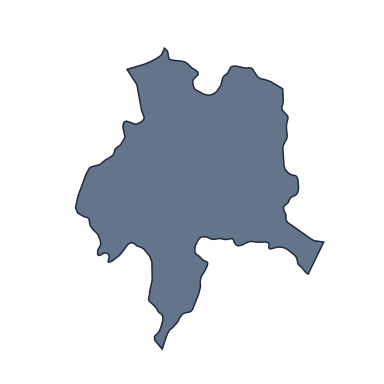 the County of Meath, rotated 257°
{"feature_id": "IRL-715", "entity_name": "Meath", "entity_type": "County", "adm_level": 1, "iso_a3": "IRL", "parent_name": "Ireland", "parent_adm1": "", "projection": "mercator", "projection_center": [-6.777, 53.646], "detail": "fine", "context": "isolated", "style": "filled", "palette": "slate", "viewbox_px": 384, "rotation_deg": 257, "n_neighbors": 0, "source": "natural_earth", "source_scale": "10m", "svg_char_len": 3884}
<svg xmlns="http://www.w3.org/2000/svg" viewBox="0 0 384 384"><g transform="rotate(257 192 192)"><path d="M326.1,156.2L327.3,175.2L328.5,181.6L330.2,187.8L332.0,192.4L334.5,194.8L338.4,197.4L337.1,198.6L334.4,199.8L332.1,199.8L329.1,199.4L327.6,199.5L326.8,199.6L325.7,201.0L324.5,203.5L321.6,211.9L320.2,214.5L317.7,216.8L313.1,219.6L309.3,223.5L308.1,224.3L306.7,224.7L305.3,224.5L304.4,223.7L303.6,222.4L303.0,221.2L302.3,220.0L301.5,218.9L300.3,218.0L298.8,217.4L295.3,217.2L292.0,217.7L290.6,218.7L284.8,225.4L283.4,227.9L282.6,230.1L282.4,232.5L283.1,236.1L284.1,238.2L285.1,239.6L286.2,240.6L289.0,243.7L290.2,244.5L295.5,247.2L296.7,248.0L297.6,249.0L298.3,250.3L298.8,251.6L299.5,252.8L300.3,253.9L301.9,255.3L302.9,256.0L304.4,257.3L305.3,258.8L305.3,261.2L304.4,264.3L301.7,269.7L300.7,272.2L300.2,274.2L300.3,275.7L299.6,277.3L298.2,278.6L289.6,281.8L288.2,283.0L286.8,284.5L285.4,287.8L282.0,293.4L272.1,303.6L259.9,301.4L255.8,299.5L254.6,298.7L252.9,298.3L250.9,298.7L246.1,301.5L244.4,302.3L242.7,302.3L237.0,299.5L233.2,298.4L225.7,297.5L223.4,296.7L221.7,295.7L220.8,294.7L217.6,292.0L215.0,290.5L196.7,287.5L192.7,288.0L188.8,290.2L187.2,291.7L186.3,292.9L185.8,294.1L184.9,295.9L184.3,296.9L182.8,297.6L180.4,298.0L173.0,297.0L169.3,295.8L167.0,294.3L166.3,293.4L165.9,292.7L165.5,291.5L164.8,288.5L164.4,287.2L163.9,286.5L163.5,286.0L160.2,283.4L159.4,282.2L158.7,280.9L158.2,279.5L157.4,278.3L155.9,277.6L153.4,277.5L149.1,278.4L146.9,278.1L145.3,277.5L143.4,277.4L140.9,278.3L119.8,297.1L117.1,300.0L113.6,309.1L85.9,286.7L87.4,285.2L89.7,283.8L93.7,282.0L94.9,281.2L95.8,280.3L97.0,279.5L98.4,279.0L101.7,279.2L105.0,278.9L107.4,277.7L114.0,272.5L115.1,271.5L116.9,269.2L117.5,268.0L118.3,266.0L118.7,264.7L119.0,263.2L119.0,261.1L118.8,255.8L119.6,254.5L120.8,254.3L123.5,255.4L124.1,255.3L125.1,254.9L126.0,254.1L126.6,252.8L127.0,251.1L127.3,249.4L128.0,245.9L128.9,242.9L130.6,238.4L130.7,236.3L130.3,233.6L129.1,229.1L129.0,226.4L129.3,224.5L130.2,223.4L131.2,222.6L132.3,222.1L136.2,221.6L137.3,220.7L137.8,219.2L137.8,216.9L138.0,214.9L138.3,213.3L139.6,210.6L140.6,207.5L140.8,204.0L141.0,202.2L141.6,200.7L142.3,199.5L144.2,197.3L144.9,195.9L145.4,194.5L145.8,192.8L146.0,191.1L145.2,189.0L143.3,186.7L138.9,183.2L135.3,181.8L133.1,181.4L131.9,181.6L130.7,182.1L129.6,182.8L127.6,184.7L124.0,186.9L122.9,187.8L120.2,191.1L118.8,191.3L116.5,190.1L113.4,187.8L107.7,182.2L104.0,180.2L101.5,179.5L99.6,179.4L97.4,178.8L91.0,175.5L77.7,166.2L76.6,165.2L75.8,163.7L75.6,161.5L75.7,159.4L75.7,157.6L75.5,156.0L74.4,154.2L72.5,151.9L68.5,148.8L64.0,142.3L62.6,139.2L58.8,135.7L45.6,127.6L56.1,122.3L59.7,123.0L61.1,125.2L62.1,127.0L63.7,128.7L66.7,131.0L73.7,134.7L77.3,135.5L79.8,134.8L81.3,133.4L83.2,132.1L86.8,131.1L90.3,129.3L95.4,125.7L97.1,125.6L99.0,126.2L101.0,127.3L104.8,128.4L115.1,133.4L133.1,137.2L139.2,136.3L147.1,132.3L149.3,130.2L150.7,128.2L151.7,126.3L153.9,124.8L155.3,123.3L156.1,121.9L156.2,120.2L155.8,118.8L155.1,117.5L147.9,108.9L146.3,106.6L143.2,99.7L142.6,98.0L142.3,96.4L142.5,94.8L143.7,94.8L147.3,96.8L148.9,96.8L150.4,96.4L151.4,95.4L152.1,94.3L152.3,92.8L152.0,91.2L151.4,89.7L151.1,88.2L151.2,86.6L152.4,86.0L153.7,86.2L155.3,86.7L156.6,87.3L157.8,88.1L159.9,90.2L161.1,91.0L163.2,91.6L166.1,91.6L171.7,90.8L179.2,86.3L181.8,85.3L184.5,85.2L188.2,85.6L189.9,85.1L191.3,83.3L191.8,81.7L197.1,76.0L202.8,74.9L213.5,79.9L233.4,92.9L238.5,97.6L238.9,99.0L239.2,100.7L239.3,102.4L239.3,106.0L239.4,107.8L239.8,109.1L242.6,114.5L244.3,120.2L245.8,123.4L247.5,124.9L249.8,125.8L251.1,126.8L251.9,128.2L254.2,133.1L259.0,137.8L260.5,138.9L261.4,139.1L270.1,139.2L272.2,139.7L274.8,141.0L275.7,142.4L275.8,143.9L275.1,145.3L271.9,150.2L271.2,151.4L270.8,153.4L271.0,155.9L272.6,160.2L274.2,161.7L275.9,162.2L282.8,161.2L307.5,162.4L309.8,162.2L324.8,156.7L326.1,156.2Z" fill="#64748b" stroke="#1e293b" stroke-width="1.5"/></g></svg>